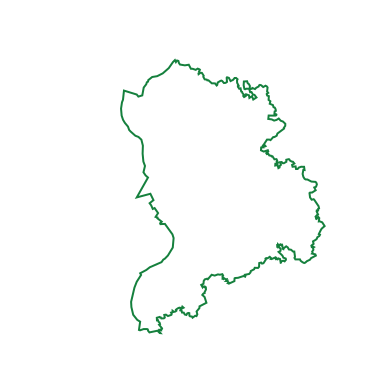 Rajshahi, Rajshahi, Bangladesh, rotated 56°
{"feature_id": "16705992B51815672792645", "entity_name": "Rajshahi", "entity_type": "district", "adm_level": 2, "iso_a3": "BGD", "parent_name": "Bangladesh", "parent_adm1": "Rajshahi", "projection": "mercator", "projection_center": [88.705, 24.415], "detail": "fine", "context": "isolated", "style": "outline", "palette": "green", "viewbox_px": 384, "rotation_deg": 56, "n_neighbors": 0, "source": "geoboundaries", "source_scale": "gbopen_adm2", "svg_char_len": 5985}
<svg xmlns="http://www.w3.org/2000/svg" viewBox="0 0 384 384"><g transform="rotate(56 192 192)"><path d="M276.7,313.1L277.6,312.4L278.6,308.7L280.5,305.9L281.2,305.5L282.5,306.0L284.6,305.8L287.7,298.2L290.9,297.6L291.4,297.0L288.2,297.3L287.8,296.3L289.4,294.9L288.5,294.3L288.7,293.5L288.4,293.1L283.6,293.5L283.7,292.4L282.1,291.9L280.9,292.3L279.2,291.9L278.8,292.8L276.6,291.5L277.5,288.7L278.2,288.7L278.6,288.0L279.7,288.1L281.0,286.0L280.9,284.8L278.4,283.7L279.1,282.2L281.4,281.3L282.3,277.8L281.7,277.0L280.3,276.8L280.8,275.3L279.6,274.5L281.3,273.9L281.8,272.6L281.7,271.3L280.6,271.1L280.5,269.0L280.8,267.2L281.5,266.8L282.2,264.7L281.7,264.1L283.2,263.7L282.8,266.9L283.6,267.9L284.6,267.0L286.3,267.7L287.4,266.3L289.5,266.5L290.8,265.4L290.0,263.8L290.2,262.7L290.9,262.0L293.1,263.3L294.0,263.1L295.2,261.7L296.5,261.8L296.4,258.5L297.4,257.7L296.4,256.0L293.6,255.0L292.4,250.8L291.0,249.7L291.9,242.0L286.1,240.3L283.1,241.0L282.6,239.6L282.8,238.0L282.3,237.9L280.6,234.9L278.7,233.8L277.6,234.2L277.9,234.9L276.4,235.6L276.9,236.5L274.2,236.3L274.5,233.8L272.3,232.0L271.6,230.3L272.3,228.0L273.2,227.7L271.6,222.0L274.0,219.9L274.8,216.6L276.2,215.1L277.1,212.8L278.6,212.9L278.9,213.8L279.7,214.3L280.2,214.0L281.0,215.2L281.7,214.7L281.0,213.8L283.4,212.8L283.7,212.0L284.5,212.8L284.8,212.5L284.9,213.5L285.9,212.3L287.3,212.5L288.0,212.0L287.9,213.1L288.6,212.7L289.6,206.7L287.4,205.0L287.4,204.4L288.9,201.8L290.5,196.2L291.9,195.3L291.1,194.2L290.3,194.2L291.9,190.5L291.4,188.5L290.4,187.5L290.8,183.7L289.9,182.4L291.9,179.7L291.5,178.2L288.5,176.0L289.2,174.1L290.5,174.0L291.0,172.6L289.3,168.6L288.3,168.3L288.3,167.4L289.2,166.5L289.2,163.8L291.0,163.4L291.5,164.2L292.1,163.6L292.9,159.2L293.7,159.0L294.3,160.0L294.7,160.0L295.1,158.8L295.7,158.6L295.4,157.5L296.8,156.5L300.2,158.0L300.3,157.6L299.3,156.8L300.1,154.7L301.3,154.0L300.7,152.0L299.6,151.5L297.5,153.0L295.3,152.6L290.1,153.7L290.3,151.6L288.9,150.3L286.8,150.6L285.2,152.0L283.7,151.1L284.2,150.5L283.5,150.0L284.6,149.8L284.7,149.3L285.3,149.9L284.8,148.0L285.4,147.7L286.4,146.1L286.3,147.7L287.2,147.3L290.2,148.4L290.5,148.2L290.0,147.7L289.7,144.3L291.4,143.6L293.8,143.8L295.2,142.2L298.1,141.4L298.6,140.5L303.4,142.9L303.9,143.9L305.7,144.0L308.2,140.2L309.8,140.4L312.1,139.6L313.6,138.7L313.9,137.6L313.6,135.4L314.1,132.1L313.4,130.3L314.0,124.9L312.7,124.6L310.2,126.9L309.9,126.0L308.6,125.7L307.8,123.7L305.9,122.9L305.9,121.7L305.1,122.1L304.6,123.5L303.2,123.0L303.0,120.2L300.6,119.3L300.8,116.3L300.6,114.7L299.6,113.4L299.7,111.1L299.0,109.8L297.8,110.4L295.7,106.7L294.9,105.0L294.4,101.1L290.0,101.0L287.6,102.6L287.3,103.3L284.8,101.1L283.2,101.3L284.0,103.8L283.5,104.1L282.8,103.5L281.6,103.4L281.0,101.3L281.1,100.1L277.7,99.5L277.2,99.0L278.0,98.5L277.6,97.5L276.6,97.0L276.6,95.8L274.5,95.0L266.6,95.0L266.0,95.2L265.3,97.1L262.6,97.2L258.6,95.2L258.5,94.5L259.6,92.7L259.7,88.5L256.6,88.1L257.0,86.2L255.5,84.2L254.1,83.8L252.7,83.9L250.1,87.2L246.2,89.3L245.1,90.8L244.0,91.3L241.7,91.2L238.9,90.2L235.9,87.3L236.7,86.4L233.8,85.0L232.1,87.4L231.5,89.8L232.0,91.6L231.1,92.9L228.7,91.8L227.3,94.5L226.7,94.3L225.5,93.9L225.6,91.2L223.4,91.4L222.4,92.4L220.7,93.2L219.3,93.1L218.8,93.6L218.0,95.8L219.7,96.9L219.5,99.7L218.8,100.7L217.3,100.9L216.5,102.4L219.2,103.1L219.5,104.9L220.6,105.7L220.5,107.0L217.6,106.0L216.6,108.2L215.2,107.1L216.2,105.3L215.7,104.2L215.1,105.2L214.2,104.9L213.6,103.8L212.0,103.6L211.0,105.4L207.4,105.3L207.1,106.1L206.1,106.2L204.9,107.5L203.0,107.4L202.5,108.7L201.3,108.7L201.0,106.1L199.8,105.8L198.6,109.9L196.0,111.5L193.8,109.8L194.7,108.2L193.7,108.3L193.2,107.3L195.0,106.0L195.1,105.4L192.7,105.7L190.5,100.5L191.9,98.5L192.9,97.9L191.9,93.9L192.5,93.0L192.7,90.3L191.3,88.5L190.9,80.2L190.2,80.0L189.3,77.7L187.6,76.5L184.4,77.2L182.5,78.6L179.6,79.0L179.5,81.6L178.7,84.0L176.4,85.3L174.1,87.9L171.5,85.7L175.3,80.1L175.5,79.3L175.2,78.8L174.8,78.7L173.2,79.9L171.4,78.4L171.6,77.1L170.1,76.4L168.3,76.2L167.3,77.0L165.2,76.3L162.3,78.2L160.6,76.3L158.5,77.0L155.5,74.7L154.1,75.7L152.8,75.4L152.4,75.1L152.4,73.4L150.6,73.5L147.6,70.9L146.4,70.9L145.0,71.6L144.8,74.3L142.3,74.9L141.2,75.8L141.1,76.6L141.8,77.8L141.5,80.4L141.9,82.2L139.5,83.8L139.9,84.4L139.4,85.9L138.4,86.2L136.4,84.7L134.4,84.5L133.0,85.0L131.0,84.4L129.4,87.2L132.4,89.5L135.8,90.9L136.5,90.5L136.8,89.1L138.4,86.9L141.8,88.0L142.4,86.8L145.4,87.0L146.4,85.9L149.7,85.7L149.6,89.5L146.1,88.7L146.1,91.8L143.7,90.7L141.3,92.5L142.5,93.7L142.4,95.7L141.0,95.8L140.4,94.5L138.6,94.9L136.9,94.5L136.2,95.0L133.2,93.8L132.8,95.1L130.4,95.1L129.8,94.7L130.0,93.9L126.7,93.5L124.7,92.3L124.0,91.2L122.1,91.7L121.3,92.9L122.0,95.2L121.6,98.0L118.0,97.6L116.5,98.8L116.7,99.4L120.3,101.4L120.3,103.1L119.5,104.6L116.8,104.9L116.1,105.3L115.8,106.2L115.6,109.4L117.4,111.3L117.5,112.0L114.8,112.2L113.0,114.8L108.6,115.9L108.0,116.9L107.1,116.9L105.7,118.5L102.8,118.2L102.2,117.3L98.8,117.2L97.9,118.3L98.0,120.6L97.3,120.3L97.4,118.8L96.0,118.8L95.1,117.1L94.5,117.2L92.9,118.3L92.8,120.6L90.2,122.6L89.2,124.0L84.7,123.5L83.0,127.1L79.6,130.7L77.7,130.7L75.7,130.0L74.6,130.9L75.3,132.7L73.1,132.4L73.6,135.0L76.3,142.0L77.3,149.9L76.5,156.1L74.4,160.7L74.8,165.7L75.9,166.7L75.8,168.1L77.1,169.7L78.4,173.6L84.1,179.2L82.9,183.1L80.3,183.3L69.9,191.7L76.9,197.6L78.5,199.9L83.2,204.2L89.3,207.6L93.6,208.8L97.1,209.0L102.0,208.5L105.4,209.4L107.4,209.1L113.7,207.5L116.4,205.6L120.3,204.7L126.1,206.8L132.6,211.5L139.6,215.3L144.1,216.4L148.5,221.2L152.3,221.2L155.4,220.4L165.6,240.8L170.2,227.5L177.2,228.5L177.6,233.4L180.2,233.3L184.1,234.0L184.4,232.0L190.5,231.9L192.3,236.1L193.9,234.9L194.4,235.4L199.7,233.7L200.1,235.9L201.0,236.1L203.3,232.3L216.2,231.9L219.9,233.0L227.3,239.0L231.2,247.5L232.1,251.8L232.0,253.6L233.1,256.5L230.8,269.1L231.1,273.4L230.4,280.4L232.3,280.6L235.5,288.0L239.1,293.2L249.0,303.9L253.5,306.6L260.9,309.4L267.4,308.9L270.5,307.5L276.7,313.1Z" fill="none" stroke="#15803d" stroke-width="2"/></g></svg>